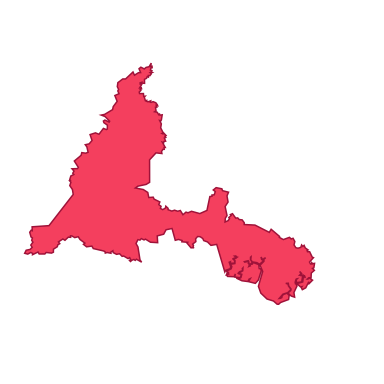 Santiago, Veraguas, Panama (Robinson projection), rotated 288°
{"feature_id": "35544464B94939099957222", "entity_name": "Santiago", "entity_type": "district", "adm_level": 2, "iso_a3": "PAN", "parent_name": "Panama", "parent_adm1": "Veraguas", "projection": "robinson", "projection_center": [-80.96, 7.991], "detail": "fine", "context": "isolated", "style": "filled", "palette": "rose", "viewbox_px": 384, "rotation_deg": 288, "n_neighbors": 0, "source": "geoboundaries", "source_scale": "gbopen_adm2", "svg_char_len": 6062}
<svg xmlns="http://www.w3.org/2000/svg" viewBox="0 0 384 384"><g transform="rotate(288 192 192)"><path d="M278.1,91.2L273.1,87.7L269.1,88.4L266.9,90.5L265.2,90.2L262.9,92.2L259.9,88.8L255.1,92.8L248.9,90.7L245.8,91.0L238.8,84.9L237.1,81.9L236.9,86.0L233.9,91.8L232.9,91.6L233.5,86.9L232.1,85.8L230.7,86.8L229.4,90.9L225.7,92.0L224.9,91.2L225.1,88.1L218.2,85.7L218.4,81.9L215.1,77.3L210.1,81.0L206.0,79.3L204.0,75.9L202.4,78.1L197.7,80.9L196.1,79.0L195.4,75.0L192.6,75.2L185.1,70.5L180.3,76.3L178.9,75.9L177.0,70.7L175.4,73.3L173.0,72.8L172.1,74.2L169.8,71.8L166.0,71.9L165.5,72.7L164.9,72.0L163.9,73.8L160.3,73.8L157.4,77.5L153.0,79.8L115.8,66.4L109.5,50.7L105.9,52.0L106.0,50.9L103.6,50.1L99.5,52.8L99.0,54.4L96.5,54.5L95.1,56.2L91.7,55.1L90.0,57.1L87.4,55.8L85.4,52.3L82.0,51.8L82.2,55.0L84.7,57.4L84.3,59.4L83.1,59.7L87.3,64.1L85.8,65.8L87.6,71.2L89.4,72.0L90.5,77.3L91.9,78.8L94.8,77.9L98.3,80.8L100.3,80.7L102.0,82.2L103.3,80.4L107.4,83.7L106.8,86.1L110.8,88.3L111.4,90.6L112.8,90.0L113.1,91.2L112.4,94.6L114.3,97.6L112.2,100.2L110.3,105.9L108.7,104.9L107.3,108.7L109.6,113.5L107.7,115.6L108.6,126.1L108.4,127.7L107.1,128.4L108.2,129.9L108.7,133.8L109.6,133.3L111.7,134.9L110.0,135.8L109.4,139.5L110.9,142.2L109.2,145.4L110.0,146.8L108.9,151.8L110.3,153.0L108.7,154.7L107.6,153.7L106.9,155.0L108.5,155.9L109.9,157.6L109.4,159.1L110.9,159.9L109.7,165.8L111.4,163.5L123.0,157.6L125.7,154.7L130.0,155.3L130.2,157.4L132.0,158.2L131.6,161.2L132.8,162.3L131.4,168.0L133.2,175.0L139.5,172.5L143.1,178.1L148.1,179.0L151.1,184.3L140.9,191.0L142.7,193.8L142.8,197.6L141.5,197.7L142.8,203.4L141.9,203.0L138.6,208.3L139.6,211.2L139.7,210.0L141.7,209.9L142.6,208.7L146.0,211.0L148.6,209.9L151.4,211.1L152.0,213.6L151.1,216.6L149.4,218.2L149.3,222.2L147.1,226.5L149.8,231.7L126.1,247.9L127.9,248.2L130.5,251.6L132.5,252.2L136.7,249.1L137.6,250.1L136.1,250.3L137.4,254.4L140.0,253.8L140.7,251.9L141.2,251.6L143.8,254.6L143.7,253.8L144.5,253.4L144.1,252.6L144.2,252.3L144.7,253.3L144.3,254.5L143.8,255.0L142.5,254.2L140.9,252.2L139.9,254.2L137.2,254.9L135.2,251.0L133.4,252.9L131.1,253.0L127.4,249.4L126.5,250.2L126.9,252.2L126.2,250.5L123.9,250.3L125.8,252.8L123.7,250.5L122.7,251.9L124.4,258.2L127.5,258.5L124.3,259.0L125.4,264.4L129.0,264.4L128.6,261.9L128.9,261.3L129.4,261.1L130.9,261.9L132.9,264.5L134.7,263.5L135.6,263.9L132.7,264.6L129.1,261.4L129.1,264.8L125.7,265.0L124.7,264.1L124.7,261.7L123.7,261.4L123.0,266.9L124.1,272.8L126.8,273.2L127.7,274.2L124.2,273.4L124.7,280.5L128.7,282.3L138.6,282.2L140.2,280.9L139.9,279.6L143.6,277.9L143.8,272.0L142.0,271.6L141.0,269.4L139.8,270.3L138.7,269.0L140.7,269.2L141.5,267.6L143.7,267.0L142.2,265.0L141.6,263.7L141.9,263.3L144.0,266.6L143.2,267.6L141.3,268.2L141.7,270.1L143.9,271.0L145.7,268.5L148.1,267.8L148.7,268.2L145.7,268.8L144.2,271.0L144.9,275.7L144.1,278.5L148.8,281.4L149.3,279.1L151.5,277.7L149.4,280.3L151.3,281.2L152.2,282.4L150.1,281.1L148.2,281.8L143.4,279.3L138.3,283.8L122.8,284.3L117.1,288.7L113.4,296.4L113.5,303.2L111.6,307.6L112.0,309.1L114.3,310.4L119.6,317.1L123.5,316.4L125.2,313.7L122.6,310.4L119.8,309.7L118.8,310.5L119.6,309.4L118.3,309.1L117.7,307.8L123.0,310.1L125.8,314.1L129.4,316.0L130.3,315.7L132.4,312.8L134.1,311.8L134.1,309.4L135.0,311.8L132.7,312.9L130.3,316.2L128.9,316.4L126.3,314.8L125.1,315.2L123.7,318.6L123.7,322.1L127.9,320.0L135.0,320.9L136.9,319.2L136.5,318.1L137.3,319.3L138.0,318.0L141.1,317.9L141.6,318.2L142.0,318.9L140.7,318.2L138.1,319.5L140.4,324.1L145.5,323.3L146.9,324.1L146.1,321.2L146.2,320.0L148.3,321.0L149.2,319.4L149.7,319.0L148.4,321.4L146.2,320.3L147.4,323.5L146.4,325.5L145.2,326.3L146.4,324.9L146.0,324.1L140.6,325.1L137.3,320.0L135.3,324.5L136.0,325.8L134.9,325.4L133.2,327.1L136.0,329.8L142.1,330.7L142.1,331.8L140.1,331.2L145.4,333.9L146.5,329.9L144.9,329.1L144.8,328.5L146.6,329.6L147.3,331.7L151.8,330.5L155.3,332.6L156.6,330.2L157.6,331.3L162.0,330.6L161.2,329.0L161.7,327.8L160.6,328.2L160.2,326.9L161.7,325.4L167.1,327.8L167.2,326.5L171.6,322.3L170.9,320.3L172.0,319.5L172.8,320.2L173.8,317.0L175.9,315.1L174.5,314.3L175.5,312.6L173.0,312.6L171.3,310.2L171.1,308.0L173.2,305.4L176.7,305.1L179.2,302.4L178.0,300.8L179.0,298.7L175.0,293.6L175.8,289.1L176.8,289.0L181.0,278.8L177.5,278.0L180.0,262.1L177.2,251.7L178.9,251.2L181.0,248.3L180.4,245.4L181.5,243.5L180.7,241.6L183.9,237.2L182.4,235.5L181.8,236.5L179.1,234.9L178.3,235.9L175.9,235.2L173.7,232.7L177.4,231.8L180.4,232.6L188.4,228.0L193.6,229.4L199.1,226.5L203.1,226.8L202.7,220.6L204.3,219.4L203.6,213.6L200.5,211.6L199.6,214.0L196.2,214.0L195.3,211.9L194.1,212.3L193.2,210.4L179.1,211.9L173.9,206.1L173.5,197.5L171.0,194.6L171.0,192.5L167.6,190.4L170.8,186.6L169.3,184.4L169.3,181.0L167.6,178.7L167.8,174.7L169.1,174.3L170.4,171.5L168.5,171.7L166.2,169.6L166.6,167.0L168.8,167.0L169.7,164.3L172.6,164.5L173.5,158.2L175.1,156.7L173.4,152.6L177.9,150.1L179.3,144.9L178.3,136.9L180.8,138.7L185.0,146.0L188.1,148.7L209.5,141.7L218.1,145.7L219.3,151.5L221.1,150.5L223.5,151.1L224.0,152.4L225.7,151.7L226.1,152.8L230.2,148.4L230.1,149.8L231.4,149.7L232.2,151.2L234.8,149.0L235.8,150.2L236.7,149.0L237.7,149.9L239.4,146.8L238.3,146.5L238.4,145.3L239.4,146.3L243.3,142.4L247.3,141.8L250.0,139.1L250.1,140.4L251.1,140.6L256.2,139.8L255.2,137.9L256.1,137.1L255.2,136.5L257.1,134.3L256.8,131.7L258.1,132.7L261.3,131.1L261.8,132.3L263.3,131.2L263.4,132.7L264.2,132.1L265.7,130.0L265.9,127.1L264.5,125.3L264.5,124.5L265.9,124.5L264.2,122.3L264.2,120.6L265.1,120.6L264.5,119.4L267.5,117.3L268.6,117.8L268.0,116.5L270.6,115.4L269.4,111.7L270.8,110.9L272.7,112.0L273.6,111.0L274.5,112.2L275.6,111.5L274.9,110.0L278.9,111.0L279.8,110.0L279.0,110.3L278.6,109.4L279.8,108.9L280.9,110.4L280.0,110.5L280.7,113.3L284.5,112.0L286.0,113.6L287.9,113.8L287.8,115.0L289.3,114.5L289.6,116.0L291.9,116.8L292.6,115.3L293.5,117.2L293.8,116.0L295.0,116.3L295.0,114.8L297.3,114.6L297.9,115.7L299.3,115.1L298.7,113.9L302.0,113.4L297.9,112.5L296.3,109.8L294.3,108.6L294.9,104.8L292.9,103.5L289.7,106.2L288.9,104.2L285.3,101.2L287.9,98.8L279.0,93.9L278.1,91.2Z" fill="#f43f5e" stroke="#9f1239" stroke-width="1.5"/></g></svg>